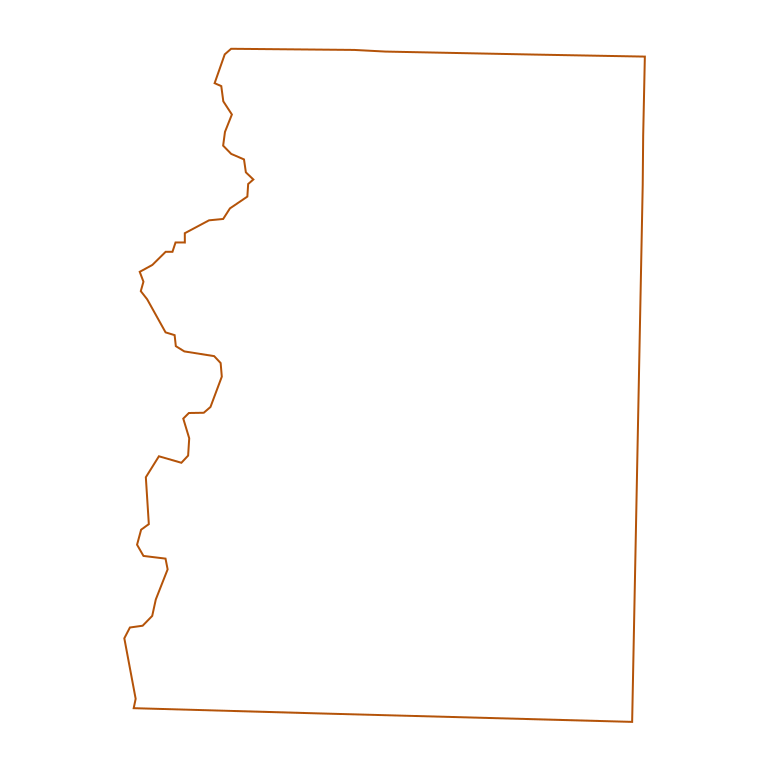 the district of Lincoln, Washington, United States of America, rotated 271°
{"feature_id": "52423323B25148462267698", "entity_name": "Lincoln", "entity_type": "district", "adm_level": 2, "iso_a3": "USA", "parent_name": "United States of America", "parent_adm1": "Washington", "projection": "natural_earth1", "projection_center": [-118.323, 47.609], "detail": "fine", "context": "isolated", "style": "outline", "palette": "amber", "viewbox_px": 768, "rotation_deg": 271, "n_neighbors": 0, "source": "geoboundaries", "source_scale": "gbopen_adm2", "svg_char_len": 942}
<svg xmlns="http://www.w3.org/2000/svg" viewBox="0 0 768 768"><g transform="rotate(271 384 384)"><path d="M125.2,128.8L64.9,141.2L55.5,139.4L53.5,324.8L50.5,638.0L587.6,639.2L636.9,638.8L715.9,639.1L716.0,529.8L716.4,379.7L717.5,348.4L716.5,225.3L710.8,219.0L681.8,209.4L679.0,216.1L663.8,218.4L650.8,227.2L633.3,220.6L619.5,219.0L611.4,227.2L606.1,240.1L593.2,242.2L586.2,249.8L581.6,244.7L569.0,244.1L556.9,226.9L546.2,220.3L544.6,206.2L531.3,182.2L522.0,182.4L521.9,173.1L512.5,170.2L512.4,163.4L499.0,150.3L491.9,137.8L482.1,141.7L472.6,139.2L464.6,145.7L431.8,164.7L429.2,173.8L418.2,175.2L413.1,183.8L408.9,213.7L402.1,220.3L388.5,221.7L358.0,210.9L352.1,204.3L351.6,189.4L345.9,183.9L326.3,190.2L309.0,189.4L301.7,182.8L307.8,160.2L286.6,147.5L239.8,151.3L234.1,143.7L219.0,139.9L207.9,146.5L205.6,168.6L194.9,170.9L164.6,159.6L148.1,156.3L138.1,146.9L136.1,134.2L125.2,128.8Z" fill="none" stroke="#b45309" stroke-width="2"/></g></svg>